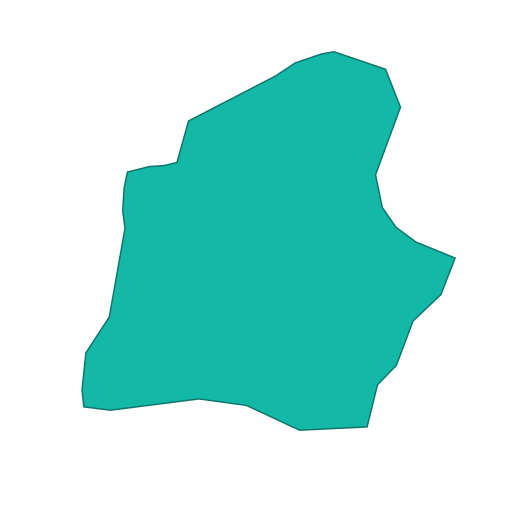 SVG path tracing the border of Velenje, rotated 260°
{"feature_id": "SVN-1001", "entity_name": "Velenje", "entity_type": "Municipality", "adm_level": 1, "iso_a3": "SVN", "parent_name": "Slovenia", "parent_adm1": "", "projection": "robinson", "projection_center": [15.138, 46.376], "detail": "fine", "context": "isolated", "style": "filled", "palette": "teal", "viewbox_px": 512, "rotation_deg": 260, "n_neighbors": 0, "source": "natural_earth", "source_scale": "10m", "svg_char_len": 560}
<svg xmlns="http://www.w3.org/2000/svg" viewBox="0 0 512 512"><g transform="rotate(260 256 256)"><path d="M137.3,60.3L154.4,61.4L190.2,71.7L221.5,101.0L306.0,131.8L323.9,132.6L346.0,138.0L361.0,144.0L362.6,166.5L361.0,180.8L361.8,194.4L400.7,213.0L429.8,306.2L439.4,328.3L443.6,355.7L443.6,368.2L417.4,416.0L377.4,424.1L315.2,387.8L281.9,388.8L260.2,398.7L241.9,416.0L219.4,451.7L186.0,431.5L164.7,399.4L123.9,375.2L108.1,353.3L68.4,335.7L76.9,268.6L110.6,220.5L125.2,174.8L129.4,86.0L137.3,60.3Z" fill="#14b8a6" stroke="#0f766e" stroke-width="1.5"/></g></svg>